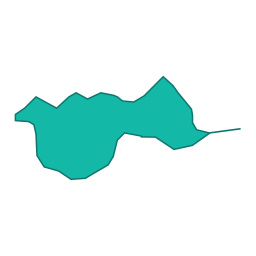 Guro-gu, Seoul, South Korea (orthographic projection)
{"feature_id": "91817680B1968034056748", "entity_name": "Guro-gu", "entity_type": "district", "adm_level": 2, "iso_a3": "KOR", "parent_name": "South Korea", "parent_adm1": "Seoul", "projection": "orthographic", "projection_center": [126.865, 37.485], "detail": "fine", "context": "isolated", "style": "filled", "palette": "teal", "viewbox_px": 256, "rotation_deg": 0, "n_neighbors": 0, "source": "geoboundaries", "source_scale": "gbopen_adm2", "svg_char_len": 632}
<svg xmlns="http://www.w3.org/2000/svg" viewBox="0 0 256 256"><path d="M141.3,136.9L155.4,137.1L174.0,149.4L192.5,145.3L210.0,132.9L240.6,128.8L239.9,128.8L209.0,132.9L196.6,129.8L192.5,122.6L192.5,115.4L191.5,109.2L178.1,92.8L172.9,85.6L163.2,76.7L144.1,95.9L133.8,102.0L122.5,101.0L117.6,97.0L113.5,95.3L100.9,92.8L87.5,99.0L76.1,92.8L68.9,96.9L56.6,108.2L36.0,96.9L24.6,108.2L15.4,114.4L15.4,120.6L28.7,121.6L33.9,124.7L36.0,134.0L37.0,155.6L44.2,166.9L58.6,171.0L71.0,179.3L85.4,178.3L90.5,175.2L108.1,164.9L113.2,156.6L117.3,140.2L124.5,132.9L141.0,136.0L141.3,136.9Z" fill="#14b8a6" stroke="#0f766e" stroke-width="1.5"/></svg>